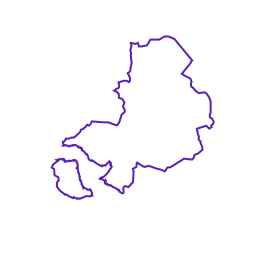 Stordal nor, Møre og Romsdal, Norway (Mercator projection), rotated 321°
{"feature_id": "86288312B96680032749803", "entity_name": "Stordal nor", "entity_type": "district", "adm_level": 2, "iso_a3": "NOR", "parent_name": "Norway", "parent_adm1": "Møre og Romsdal", "projection": "mercator", "projection_center": [7.073, 62.402], "detail": "fine", "context": "isolated", "style": "outline", "palette": "violet", "viewbox_px": 256, "rotation_deg": 321, "n_neighbors": 0, "source": "geoboundaries", "source_scale": "gbopen_adm2", "svg_char_len": 5742}
<svg xmlns="http://www.w3.org/2000/svg" viewBox="0 0 256 256"><g transform="rotate(321 128 128)"><path d="M220.4,115.7L220.1,88.1L217.0,82.3L214.0,79.9L208.0,79.0L201.1,73.4L197.6,74.8L194.6,75.7L191.0,73.6L190.1,73.3L187.9,71.6L189.2,68.2L186.7,67.2L183.2,63.1L183.4,63.8L183.3,64.9L182.8,65.7L181.1,67.4L179.7,68.4L179.1,68.7L178.7,69.1L177.4,72.1L176.2,72.9L175.5,74.1L175.0,74.6L174.6,75.5L173.9,76.2L173.7,76.6L173.4,77.3L172.3,79.2L169.1,82.0L168.1,82.6L166.4,84.4L165.7,85.0L165.2,85.2L163.8,85.4L162.6,85.1L162.1,85.4L162.0,85.8L161.9,87.5L161.5,88.5L161.4,89.2L161.1,89.8L161.0,90.3L160.3,91.5L159.3,92.4L157.7,93.0L157.5,92.9L157.4,92.6L157.4,91.9L156.5,90.4L154.8,88.9L153.5,88.2L151.3,87.4L150.4,87.2L149.8,86.7L149.4,86.6L149.2,86.7L149.0,86.9L149.0,87.4L148.0,89.2L147.0,90.4L146.4,90.8L145.9,90.9L145.2,90.8L143.1,90.1L142.2,90.4L140.7,90.2L142.1,93.0L142.2,95.9L140.1,98.4L140.1,98.8L140.1,99.1L140.4,99.6L141.8,101.8L141.6,103.6L141.3,105.9L137.6,108.1L137.1,110.9L136.6,112.2L135.6,113.4L131.3,113.7L125.1,117.9L122.8,118.7L121.1,118.9L120.5,118.4L116.2,111.1L112.3,108.0L104.1,100.1L101.5,101.3L99.3,101.6L98.3,99.8L95.7,100.4L92.0,100.5L90.4,99.7L88.2,101.0L84.9,101.3L79.9,101.4L78.6,100.1L74.9,98.8L73.1,97.2L71.9,97.8L69.8,98.3L69.7,98.1L68.5,97.7L67.0,100.8L66.5,100.9L67.4,101.5L67.8,101.3L67.9,101.7L68.7,101.9L68.8,102.3L69.2,102.9L69.3,103.3L69.7,103.4L70.0,103.9L70.4,104.3L70.4,104.9L70.8,104.9L70.8,105.3L71.2,105.4L71.8,105.7L73.6,106.2L73.6,106.6L74.6,106.8L74.7,107.2L75.3,107.2L75.7,107.8L76.3,108.0L76.6,108.3L77.0,109.3L77.1,110.9L77.3,111.1L77.4,111.7L78.0,111.7L77.9,112.1L77.9,112.9L78.4,113.1L78.5,113.5L78.9,113.4L79.0,113.8L79.0,114.4L78.9,114.9L79.3,114.8L79.3,115.0L78.9,115.1L78.7,115.7L78.3,115.7L78.2,116.1L78.3,116.5L78.5,117.1L78.9,117.7L78.9,118.7L79.1,118.9L79.1,119.3L79.0,119.7L79.0,119.9L79.2,121.3L79.5,122.1L79.1,122.1L79.2,122.3L79.3,122.7L79.1,124.9L78.9,125.1L78.6,126.1L78.0,126.9L78.0,128.7L78.5,129.7L78.7,129.9L78.8,130.3L79.4,130.3L79.4,130.7L79.8,130.7L79.9,131.1L80.3,131.7L80.3,132.1L80.5,132.7L80.6,133.7L80.8,133.9L80.8,134.3L81.0,135.1L81.9,137.5L82.5,138.9L82.5,139.3L82.8,139.9L83.4,140.5L83.5,140.9L84.1,140.8L84.1,141.2L84.5,141.2L84.5,141.6L85.1,141.7L86.1,142.3L86.7,142.4L86.7,142.8L89.3,142.6L92.5,142.0L92.5,142.8L92.5,143.8L92.6,144.0L92.2,144.0L92.0,145.0L91.6,145.0L91.8,145.6L90.9,146.0L91.0,146.4L91.0,147.4L91.1,147.8L89.5,148.4L89.1,148.4L88.9,148.6L88.3,148.6L86.2,149.5L85.6,149.5L85.4,149.7L82.0,150.4L78.0,150.6L77.0,150.0L75.8,149.6L74.8,149.7L74.5,149.5L74.1,149.6L74.3,150.0L74.5,150.2L74.6,150.6L75.6,150.7L75.5,150.9L75.5,151.1L75.7,151.3L75.7,151.7L75.9,151.9L75.9,152.5L76.2,152.9L76.6,154.3L76.6,154.5L76.4,154.9L76.1,155.3L77.1,155.0L77.5,154.7L77.4,155.3L77.3,155.5L76.0,156.1L76.0,156.7L75.6,156.7L75.7,158.1L76.2,158.6L76.8,158.7L76.8,159.1L76.6,159.3L76.6,159.5L77.0,159.9L77.1,160.5L77.7,160.6L78.0,160.9L78.0,161.3L78.2,161.5L78.2,161.9L78.7,162.1L78.7,162.3L78.7,162.7L78.9,162.9L78.9,163.7L79.3,164.6L79.3,165.0L80.0,165.6L80.0,166.2L80.2,166.4L80.6,167.2L80.8,168.0L81.2,168.4L81.3,169.0L81.5,169.8L81.8,170.2L81.4,170.2L81.5,170.4L81.5,170.8L81.4,172.2L81.6,172.4L81.6,172.8L82.0,173.8L82.0,174.2L82.3,175.0L83.3,175.7L84.1,175.3L85.2,173.8L86.5,171.6L89.2,171.2L91.1,174.2L97.7,173.2L104.7,165.7L106.2,162.8L110.1,163.5L112.9,160.6L113.3,160.6L115.2,166.3L115.2,166.8L115.8,167.7L116.6,168.8L117.1,169.1L120.1,170.4L121.9,172.9L124.6,177.5L127.7,181.5L129.2,184.8L130.6,184.5L133.8,183.5L136.2,185.2L152.3,187.1L155.8,190.8L158.1,192.9L160.7,192.3L162.8,190.7L166.0,191.9L172.1,191.8L173.7,189.7L175.0,185.1L175.9,184.2L175.6,181.5L175.8,181.1L177.7,179.3L178.8,176.0L181.1,171.9L190.3,175.6L190.7,179.6L193.6,179.9L194.5,178.3L196.6,178.4L198.3,177.5L199.3,173.9L198.4,171.2L199.8,169.2L201.0,168.8L202.0,168.0L204.6,164.8L205.9,163.0L206.6,162.3L209.1,159.2L209.9,156.6L210.3,155.4L210.4,154.5L210.7,151.0L210.1,148.6L204.9,145.4L203.8,141.1L204.0,140.2L204.0,139.4L203.7,137.3L203.3,136.0L203.4,135.6L203.6,134.8L204.4,133.7L205.0,133.0L206.5,132.1L207.5,129.1L207.5,128.4L206.3,126.0L206.1,125.4L205.0,123.1L204.7,122.0L203.9,119.8L214.2,117.6L215.3,117.5L216.5,116.9L217.7,116.9L220.2,115.6L220.4,115.7ZM57.7,158.1L57.9,156.7L58.2,156.4L58.5,156.5L58.9,156.4L59.0,156.0L59.4,155.6L59.5,154.4L59.5,154.5L59.5,153.2L60.1,152.8L59.9,152.0L59.3,151.8L59.3,151.4L58.7,151.3L57.9,150.8L57.3,149.1L57.3,148.7L57.1,148.5L56.9,147.9L56.7,147.7L56.4,146.7L55.4,146.7L55.6,146.3L55.9,145.3L56.3,145.3L56.4,143.5L56.6,142.5L57.0,142.4L57.1,141.8L57.7,140.2L57.8,140.0L58.1,139.4L57.7,139.4L57.9,138.0L58.3,138.0L58.4,137.4L58.5,137.0L59.3,136.2L59.6,135.3L60.0,135.3L60.1,134.7L60.3,134.5L60.8,133.1L61.0,132.5L61.1,131.9L61.5,131.9L61.9,130.2L62.5,129.6L62.7,129.2L62.9,128.4L62.9,128.0L63.0,127.6L63.4,127.6L63.1,127.0L63.7,127.0L63.7,126.6L64.3,126.6L64.4,126.2L64.5,126.1L65.1,125.9L65.1,125.5L65.6,125.3L66.0,124.5L66.3,123.3L66.2,122.7L66.8,122.7L67.2,121.0L67.2,120.6L66.8,120.1L66.7,119.7L66.3,119.7L66.3,119.3L65.3,119.3L65.3,118.7L64.9,118.7L64.9,118.3L63.2,117.9L62.8,117.5L62.0,117.2L61.8,116.6L61.4,116.6L61.4,116.2L60.4,115.9L59.3,115.2L57.9,114.9L57.7,113.9L58.6,113.5L58.5,112.3L58.6,112.1L58.0,111.9L58.2,111.5L57.6,111.5L57.6,111.1L56.8,110.9L56.6,109.9L55.2,109.4L55.0,108.9L54.4,108.9L52.4,107.8L52.5,108.3L53.2,109.5L52.9,109.6L51.1,109.3L48.7,109.3L47.7,109.2L46.5,109.4L43.8,110.8L44.7,113.4L41.2,118.5L42.8,122.5L41.4,124.9L38.4,125.7L35.9,128.7L35.8,131.2L35.6,132.8L36.0,135.1L36.9,138.8L37.0,140.2L38.2,140.6L39.4,144.4L41.4,148.2L42.5,147.7L43.9,151.1L45.0,151.1L45.6,152.3L46.4,152.8L47.0,152.8L48.5,153.5L52.0,154.3L53.8,155.6L55.0,156.9L57.7,158.1Z" fill="none" stroke="#5b21b6" stroke-width="2"/></g></svg>